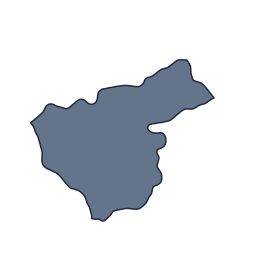 El Factor, María Trinidad Sánchez, Dominican Republic (Robinson projection), rotated 140°
{"feature_id": "3306468B48172399013768", "entity_name": "El Factor", "entity_type": "district", "adm_level": 2, "iso_a3": "DOM", "parent_name": "Dominican Republic", "parent_adm1": "María Trinidad Sánchez", "projection": "robinson", "projection_center": [-69.924, 19.288], "detail": "fine", "context": "isolated", "style": "filled", "palette": "slate", "viewbox_px": 256, "rotation_deg": 140, "n_neighbors": 0, "source": "geoboundaries", "source_scale": "gbopen_adm2", "svg_char_len": 3309}
<svg xmlns="http://www.w3.org/2000/svg" viewBox="0 0 256 256"><g transform="rotate(140 128 128)"><path d="M199.2,194.6L199.3,191.5L199.7,189.2L200.1,187.8L201.4,184.6L201.8,183.2L202.6,179.5L203.0,178.2L204.5,175.0L205.6,172.3L207.2,169.2L208.3,166.6L209.0,165.2L210.4,163.3L214.2,159.1L215.2,157.9L216.0,156.5L216.4,155.8L216.7,154.3L216.8,152.0L216.6,150.5L216.4,149.7L215.9,148.5L214.6,146.0L213.5,143.3L211.9,140.2L211.4,138.8L211.3,138.0L211.1,136.4L211.0,133.9L211.1,123.1L210.9,120.7L210.7,119.3L210.2,118.1L208.4,115.8L205.9,111.2L205.7,110.5L205.3,109.0L205.1,106.7L205.1,104.3L205.5,102.0L205.9,100.6L207.3,97.5L208.7,91.6L210.4,87.9L211.6,85.2L212.3,84.0L214.0,81.7L211.0,78.5L210.0,78.0L209.1,77.3L208.6,76.3L207.8,74.1L207.2,73.1L206.7,72.7L205.5,72.2L203.6,72.0L200.7,72.4L197.7,72.4L196.5,72.7L194.4,73.5L193.3,73.7L192.7,73.6L191.7,73.3L187.6,71.4L184.2,69.3L181.7,68.0L180.5,67.1L178.7,65.4L175.4,61.9L173.6,60.3L172.3,59.5L171.6,59.2L170.1,58.8L167.8,58.6L164.7,58.7L162.4,59.0L161.0,59.4L157.5,61.1L156.2,61.6L153.5,62.2L152.2,62.7L151.0,63.5L148.2,65.7L147.1,66.4L146.5,66.6L145.9,66.7L145.4,66.7L144.3,66.4L142.7,65.7L140.8,65.3L138.7,65.3L137.3,65.6L136.0,66.3L134.3,67.9L132.9,69.7L132.1,71.0L131.8,71.8L131.4,73.2L130.9,78.4L130.5,79.6L130.2,80.2L129.3,81.0L124.2,84.5L123.4,85.4L122.8,86.5L122.2,89.0L121.8,90.3L121.5,90.8L120.7,91.8L119.8,92.4L119.2,92.5L118.7,92.5L117.7,92.1L116.1,91.4L114.2,91.0L112.1,90.9L110.7,91.3L109.4,92.0L107.6,93.4L106.1,95.2L105.3,96.5L104.8,98.0L104.6,99.4L104.7,100.9L105.1,102.2L105.5,102.8L105.9,103.3L108.6,105.1L110.2,106.5L111.3,107.6L112.7,109.5L113.3,110.9L113.5,111.6L113.6,113.1L113.4,114.4L113.1,115.1L112.7,115.7L112.1,116.2L111.5,116.4L110.9,116.6L109.6,116.6L108.3,116.3L107.7,116.1L106.5,115.5L104.3,114.0L101.8,112.7L98.5,110.5L96.0,109.3L93.1,107.7L91.8,107.1L90.4,106.8L88.1,106.6L77.4,106.7L75.2,106.5L73.7,106.3L72.3,105.8L71.7,105.5L70.5,104.6L67.1,101.6L65.8,100.9L65.2,100.6L63.8,100.3L59.6,99.7L58.3,99.4L56.9,98.9L54.1,97.5L52.6,97.1L51.1,96.9L45.6,96.4L42.9,95.8L42.6,100.0L42.4,105.9L42.4,110.1L42.7,113.4L43.0,115.0L43.6,116.5L44.4,117.7L46.1,120.1L46.7,121.3L47.0,121.9L47.1,122.6L47.1,123.2L46.8,124.4L45.0,128.8L44.2,130.0L41.4,133.7L40.6,135.0L40.2,135.7L39.7,137.9L39.2,142.2L43.2,145.9L44.4,146.9L45.7,147.7L47.1,148.1L49.4,148.4L55.5,148.5L58.5,148.8L60.0,149.2L62.8,150.7L63.4,151.0L64.8,151.4L66.9,151.7L73.5,151.9L75.7,152.1L77.7,152.6L80.5,154.0L81.8,154.3L83.1,154.3L83.7,154.2L84.8,153.7L87.1,152.5L88.4,152.2L90.5,152.1L91.8,152.3L93.2,152.9L94.4,153.8L96.1,155.4L99.8,159.6L101.5,161.3L103.2,162.8L104.8,163.9L107.3,165.4L110.1,167.3L113.2,168.8L116.6,171.0L119.1,172.2L121.9,173.9L123.2,174.4L123.9,174.5L126.0,174.6L127.3,174.3L128.0,174.1L128.7,173.7L129.8,172.8L133.1,169.8L134.3,169.0L135.0,168.7L136.4,168.4L137.8,168.4L139.2,168.7L139.8,169.0L140.9,169.8L141.4,170.3L142.2,171.4L142.7,172.7L143.3,176.3L143.6,177.7L144.3,178.9L145.2,179.9L145.7,180.4L147.0,181.0L147.7,181.2L149.1,181.4L151.4,181.5L159.0,181.4L161.1,181.6L162.4,182.1L162.9,182.5L163.4,182.9L165.2,185.8L167.8,189.5L169.0,191.5L170.1,194.1L170.5,194.7L171.3,195.7L172.4,196.6L173.6,197.1L174.9,197.4L176.9,197.4L181.1,195.4L182.4,195.0L184.0,194.7L187.9,194.5L199.2,194.6Z" fill="#64748b" stroke="#1e293b" stroke-width="1.5"/></g></svg>